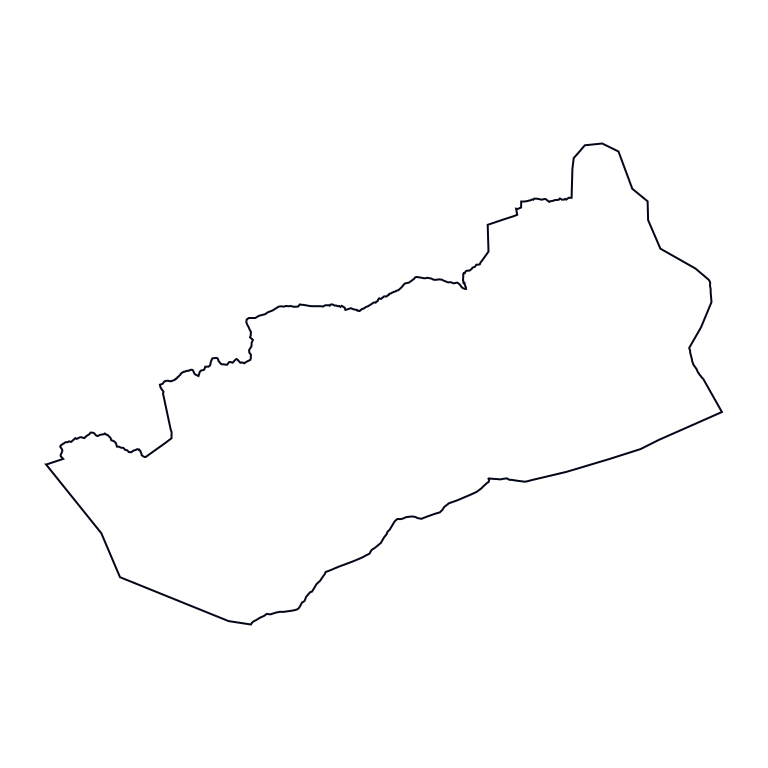 the district of Sagil, Uvs, Mongolia
{"feature_id": "93677404B63603373870282", "entity_name": "Sagil", "entity_type": "district", "adm_level": 2, "iso_a3": "MNG", "parent_name": "Mongolia", "parent_adm1": "Uvs", "projection": "orthographic", "projection_center": [91.136, 50.315], "detail": "fine", "context": "isolated", "style": "outline", "palette": "ink", "viewbox_px": 768, "rotation_deg": 0, "n_neighbors": 0, "source": "geoboundaries", "source_scale": "gbopen_adm2", "svg_char_len": 6039}
<svg xmlns="http://www.w3.org/2000/svg" viewBox="0 0 768 768"><path d="M250.9,624.5L252.0,622.7L253.5,621.4L256.1,620.1L260.4,617.5L263.9,616.0L266.8,613.9L270.3,614.4L275.9,612.6L280.0,611.8L283.3,611.9L291.1,610.8L294.0,610.3L296.7,609.6L298.6,608.4L300.3,605.9L300.9,604.5L302.1,602.4L303.5,601.8L304.6,600.8L306.2,596.8L308.1,594.5L310.4,592.0L311.9,591.7L313.7,588.9L316.5,584.1L320.2,580.7L322.5,577.2L325.0,573.7L325.6,572.0L330.2,570.3L337.9,567.0L352.9,561.4L362.6,557.3L365.2,555.8L369.6,553.6L370.4,551.9L371.7,549.9L374.8,547.9L380.9,542.9L383.9,537.6L386.6,534.2L387.6,531.6L389.6,529.8L394.7,521.3L397.3,519.0L400.6,519.1L403.2,518.5L405.9,517.2L410.4,516.6L412.9,516.5L415.4,517.0L417.6,518.1L421.4,518.8L427.0,516.6L435.2,513.7L439.8,512.4L442.3,510.0L444.2,507.0L448.9,503.3L457.6,500.2L473.0,493.6L476.6,491.9L481.2,488.5L483.7,486.0L487.0,483.0L488.7,481.9L488.7,481.4L489.0,480.6L489.1,480.0L489.0,479.6L488.7,479.3L488.5,478.7L489.0,478.4L489.6,478.4L490.1,478.6L492.4,478.8L497.5,479.1L499.1,479.3L500.9,479.3L502.6,479.0L503.7,478.7L505.6,478.6L506.8,478.3L508.8,479.5L510.0,479.9L511.8,479.9L518.3,480.9L524.8,481.7L526.8,481.4L532.1,480.0L566.6,471.8L609.1,459.1L640.5,449.1L658.6,440.0L721.9,412.0L703.3,379.0L701.6,377.3L701.1,376.5L699.8,375.0L697.7,371.8L696.5,369.0L693.5,364.8L692.2,361.2L691.8,358.9L690.2,352.7L690.0,350.1L689.3,348.6L689.3,347.7L701.0,327.4L711.5,302.1L710.7,292.8L710.6,288.5L710.1,286.4L710.0,285.2L710.2,283.0L709.9,281.8L708.9,279.9L695.4,268.5L660.4,248.7L648.1,220.1L647.6,201.3L632.3,188.8L618.5,151.5L602.2,143.5L584.8,145.3L579.9,151.1L573.7,158.1L572.4,169.1L571.9,186.6L571.6,197.8L568.6,197.8L566.2,199.6L565.1,198.9L564.0,199.6L562.1,199.7L559.9,198.5L558.7,199.8L554.6,200.1L553.2,200.8L550.1,201.3L549.3,201.9L545.5,199.0L543.9,199.1L541.9,199.7L537.1,198.7L534.3,198.6L533.4,199.7L532.1,199.4L531.0,200.1L527.0,201.1L524.6,201.5L521.2,201.5L521.1,207.5L517.6,209.0L516.1,208.7L517.2,214.8L513.1,216.4L504.3,219.2L487.7,224.8L488.5,251.6L481.4,261.5L480.5,262.5L479.8,264.3L478.5,264.7L476.4,264.7L474.8,266.9L472.5,267.6L472.1,268.5L469.6,270.6L468.7,270.5L466.1,271.0L465.3,272.0L464.7,273.2L464.2,273.0L463.8,273.0L463.2,274.0L463.3,275.1L463.0,280.7L463.4,281.2L463.7,281.9L463.7,282.1L463.4,282.5L463.4,282.8L464.2,283.1L463.9,283.3L464.4,283.7L464.5,284.0L464.7,284.5L465.1,285.1L465.1,285.5L465.3,286.1L465.5,286.4L465.6,286.7L465.9,287.2L465.9,288.2L465.8,288.6L465.9,288.9L464.6,288.8L463.1,288.2L462.0,287.5L461.0,286.3L460.4,285.3L459.2,284.0L457.4,282.7L456.4,282.7L454.2,283.3L453.5,283.3L452.9,283.1L451.1,282.3L450.5,282.2L449.8,282.2L448.9,282.4L447.1,282.1L446.0,281.5L444.1,280.9L441.5,279.5L440.2,279.6L439.4,279.3L436.3,279.8L434.3,279.8L433.6,279.7L431.2,278.5L427.2,277.8L426.7,277.9L425.2,278.3L423.5,278.2L421.4,277.7L416.7,277.0L415.5,277.2L414.9,277.8L413.9,279.0L412.9,279.7L411.9,280.5L410.7,281.3L409.0,282.6L405.2,283.4L404.0,284.3L401.6,287.3L398.6,290.0L398.0,290.3L396.4,290.7L396.1,291.0L395.1,291.6L393.9,291.8L393.1,292.3L392.5,292.4L391.0,293.4L389.3,293.9L389.0,294.2L388.9,294.6L388.8,294.9L388.1,295.3L387.5,295.4L387.2,296.0L386.6,296.4L385.7,296.6L385.0,296.3L384.1,296.4L383.2,297.0L382.9,297.5L381.9,298.0L381.5,298.7L380.6,298.9L380.3,298.8L379.4,298.3L379.0,298.4L378.8,298.6L378.4,299.3L378.0,299.8L377.9,300.1L377.8,300.9L377.1,301.3L377.0,301.5L376.2,301.7L375.9,302.5L375.4,302.7L373.9,302.5L373.2,302.7L372.5,303.4L368.1,306.2L367.3,306.4L366.9,306.7L365.6,307.1L365.1,307.7L364.4,308.1L363.5,308.5L362.8,308.9L361.9,309.0L361.0,309.9L360.0,310.5L359.7,311.0L359.0,311.0L357.3,310.6L357.2,310.0L353.5,309.3L350.8,308.2L347.9,309.2L345.4,309.9L344.6,307.6L341.7,305.8L340.4,306.9L339.2,306.0L338.3,306.3L336.1,305.5L334.9,305.6L332.3,304.4L330.5,304.6L329.7,305.7L328.7,305.2L325.2,305.3L323.1,306.5L320.2,306.2L313.0,306.2L310.3,306.1L303.6,304.9L300.8,304.7L299.9,304.4L298.1,306.6L293.9,306.8L290.8,306.0L288.1,306.3L287.0,306.0L285.7,306.0L284.4,306.6L280.7,306.3L278.5,306.7L272.5,310.5L267.8,312.3L265.1,314.2L258.9,315.8L255.3,318.0L248.8,318.0L247.8,318.7L246.7,319.5L246.3,322.2L247.3,324.8L248.8,327.4L249.6,329.6L250.9,331.7L250.7,335.6L250.0,337.3L252.9,339.9L251.6,342.9L251.5,346.2L249.1,350.1L249.3,352.5L250.0,353.6L250.9,354.5L250.8,358.3L250.3,359.9L246.4,361.8L244.2,363.3L242.3,362.4L240.4,362.8L236.9,359.1L235.8,359.3L232.6,362.7L230.2,362.0L229.0,362.2L227.0,364.8L223.2,364.3L221.3,364.2L218.8,361.4L217.6,358.3L216.1,357.9L212.4,358.4L212.0,358.9L210.7,362.4L210.2,365.2L208.5,366.7L205.3,366.7L204.2,369.6L203.2,370.1L201.3,370.4L199.8,371.8L198.5,376.0L195.3,374.5L194.4,373.6L193.0,370.4L192.0,369.8L190.6,369.8L189.9,370.3L189.4,370.3L188.9,370.7L187.3,370.8L186.8,371.0L186.2,371.0L185.2,371.6L184.8,371.6L184.4,371.7L184.1,371.6L182.2,372.7L181.7,372.8L180.7,373.9L180.5,374.6L179.4,375.5L178.6,376.5L177.6,377.1L177.3,377.8L176.2,378.8L175.8,378.8L175.7,379.1L175.2,379.5L174.8,379.5L174.2,380.2L173.4,380.3L172.9,380.6L172.3,380.8L172.0,381.0L171.5,381.0L171.1,381.3L170.0,381.1L169.4,381.2L168.0,380.7L165.9,380.9L165.8,381.1L165.3,381.0L165.1,381.3L164.4,381.5L163.7,382.2L162.7,383.7L161.3,384.3L159.9,384.7L160.5,387.4L161.9,389.6L163.0,390.9L163.5,391.9L163.0,393.5L167.3,413.6L170.6,429.1L171.6,432.3L171.5,438.3L165.4,442.9L145.5,457.1L144.1,456.8L141.7,455.3L141.5,453.9L140.4,451.3L140.3,450.6L138.9,450.1L138.9,449.4L137.1,449.2L135.2,450.2L133.8,450.4L131.1,452.3L128.8,452.0L127.0,450.2L125.1,449.8L123.4,447.9L120.7,447.6L119.0,446.7L116.9,446.6L116.0,443.3L114.9,441.9L112.7,440.6L111.3,440.3L110.5,437.9L107.6,434.9L106.5,434.8L104.8,433.5L104.0,434.2L100.7,434.7L99.0,435.3L97.8,436.0L96.4,435.7L93.8,432.9L90.8,432.5L90.0,433.3L89.4,434.2L86.2,436.2L84.4,438.1L81.1,437.2L79.7,437.4L76.7,438.9L75.4,438.1L71.1,441.9L69.2,441.4L67.4,442.2L65.6,442.2L60.9,445.3L60.2,446.6L62.2,449.7L62.3,451.1L61.3,453.6L60.6,455.1L60.8,456.3L63.2,458.9L56.6,461.1L46.3,464.5L46.1,464.5L101.3,533.2L120.0,577.2L228.6,621.1L250.9,624.5Z" fill="none" stroke="#020617" stroke-width="2"/></svg>